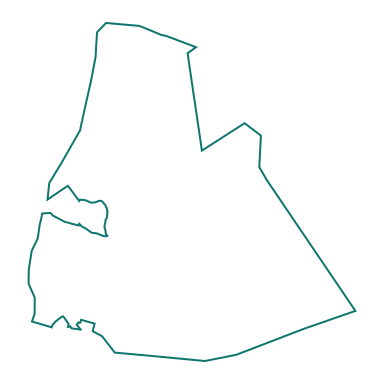 outline of Santo Tomás Jalieza, Oaxaca, Mexico
{"feature_id": "50627088B89424394811224", "entity_name": "Santo Tomás Jalieza", "entity_type": "district", "adm_level": 2, "iso_a3": "MEX", "parent_name": "Mexico", "parent_adm1": "Oaxaca", "projection": "mercator", "projection_center": [-96.659, 16.876], "detail": "fine", "context": "isolated", "style": "outline", "palette": "teal", "viewbox_px": 384, "rotation_deg": 0, "n_neighbors": 0, "source": "geoboundaries", "source_scale": "gbopen_adm2", "svg_char_len": 2906}
<svg xmlns="http://www.w3.org/2000/svg" viewBox="0 0 384 384"><path d="M95.6,56.8L91.0,81.1L90.5,83.1L82.4,119.3L82.4,120.3L81.7,122.4L80.6,127.7L80.2,130.1L78.9,132.4L61.4,163.1L49.3,182.9L47.5,199.6L48.7,198.8L51.6,196.8L52.9,195.9L56.2,193.7L59.0,191.8L61.3,190.2L62.3,189.5L67.9,185.8L72.0,191.2L74.3,194.4L75.7,196.3L78.9,200.6L79.2,201.0L80.2,199.7L82.2,199.9L83.4,199.9L84.9,200.2L86.5,200.6L87.8,201.2L89.4,201.9L90.5,202.5L90.9,202.6L91.8,202.8L93.6,202.5L95.3,202.3L96.6,201.8L98.5,201.0L101.5,200.8L102.0,201.3L103.1,202.6L103.9,203.5L104.2,203.8L104.8,204.4L105.6,205.7L106.7,208.3L107.5,211.6L107.3,213.6L107.1,215.2L107.0,217.3L106.2,218.8L105.5,220.0L105.4,222.0L104.9,224.1L104.5,226.0L104.6,227.6L104.6,228.1L105.4,230.1L105.6,231.8L105.8,233.8L107.3,235.7L106.0,236.4L103.2,235.9L98.4,234.1L96.2,233.2L94.8,233.1L92.0,232.9L90.1,231.6L87.6,229.9L85.6,228.3L84.0,227.6L82.7,227.2L81.5,226.1L80.3,224.8L79.2,223.8L78.7,225.5L77.2,225.1L76.0,224.8L74.1,224.3L72.1,223.8L71.1,223.5L68.4,222.7L67.8,222.6L66.2,222.2L64.5,221.7L63.3,221.1L62.0,220.4L61.3,220.0L57.5,218.0L55.8,217.1L52.8,215.5L50.5,212.9L42.2,213.5L41.3,218.4L39.7,224.7L38.3,234.5L37.7,238.6L36.3,241.4L33.2,247.8L31.7,250.9L31.4,252.6L30.8,256.6L30.0,261.9L29.3,266.6L28.8,269.6L28.6,280.1L28.6,280.7L28.6,281.3L28.6,283.5L30.1,287.1L31.5,290.3L32.4,292.3L33.1,293.8L33.6,294.9L34.7,297.6L34.7,303.7L34.6,313.7L32.0,321.5L51.6,327.3L51.6,327.1L51.7,326.8L51.8,326.7L51.9,326.4L52.0,326.2L52.2,325.8L52.2,325.7L52.3,325.6L52.4,325.4L52.7,324.7L53.4,323.9L54.6,322.6L55.5,321.5L56.0,321.1L57.0,320.5L58.3,319.2L59.8,318.3L61.0,317.4L61.4,316.8L63.0,316.5L63.3,316.4L68.5,323.9L68.5,324.4L68.5,324.8L68.0,326.9L70.0,326.6L70.3,326.4L70.4,326.5L70.8,327.3L71.4,328.3L80.3,329.6L80.6,329.5L76.7,324.7L77.6,324.0L77.8,323.3L77.9,322.7L78.3,322.5L79.1,322.6L79.8,322.8L79.9,322.7L80.3,322.5L80.6,321.8L81.1,319.8L94.2,323.5L94.6,323.6L93.9,326.2L92.9,330.2L92.8,330.6L92.7,331.1L93.4,331.6L94.1,332.0L94.3,332.1L94.5,332.1L95.2,332.5L95.4,332.6L95.8,332.9L96.9,333.5L99.0,334.6L100.6,335.4L102.2,336.4L114.0,351.6L114.8,352.6L129.1,353.9L131.6,354.1L138.2,354.7L138.7,354.8L140.4,354.9L205.0,361.0L236.2,354.8L304.2,328.7L355.4,310.9L266.9,180.2L259.3,167.1L260.9,135.6L244.6,123.2L201.9,150.6L198.5,127.3L198.1,124.8L198.1,124.6L194.0,97.0L187.6,53.3L190.0,51.5L196.0,47.2L195.2,46.9L194.3,46.5L194.1,46.5L194.0,46.4L193.9,46.4L193.7,46.3L193.3,46.2L193.2,46.1L192.0,45.6L191.6,45.5L191.3,45.4L190.7,45.1L190.1,44.9L189.5,44.7L189.2,44.6L188.2,44.2L187.7,44.0L187.4,43.9L186.3,43.5L184.6,42.9L184.4,42.8L184.0,42.6L183.5,42.5L183.3,42.4L183.1,42.3L182.4,42.0L182.2,42.0L182.1,41.9L180.9,41.5L180.7,41.4L179.9,41.1L179.3,40.9L179.2,40.9L178.1,40.4L177.2,40.1L176.7,39.9L176.4,39.8L176.0,39.6L173.6,38.7L166.4,36.0L161.3,34.9L139.4,25.9L106.0,23.0L97.1,32.2L96.3,43.6L95.6,56.8Z" fill="none" stroke="#0f766e" stroke-width="2"/></svg>